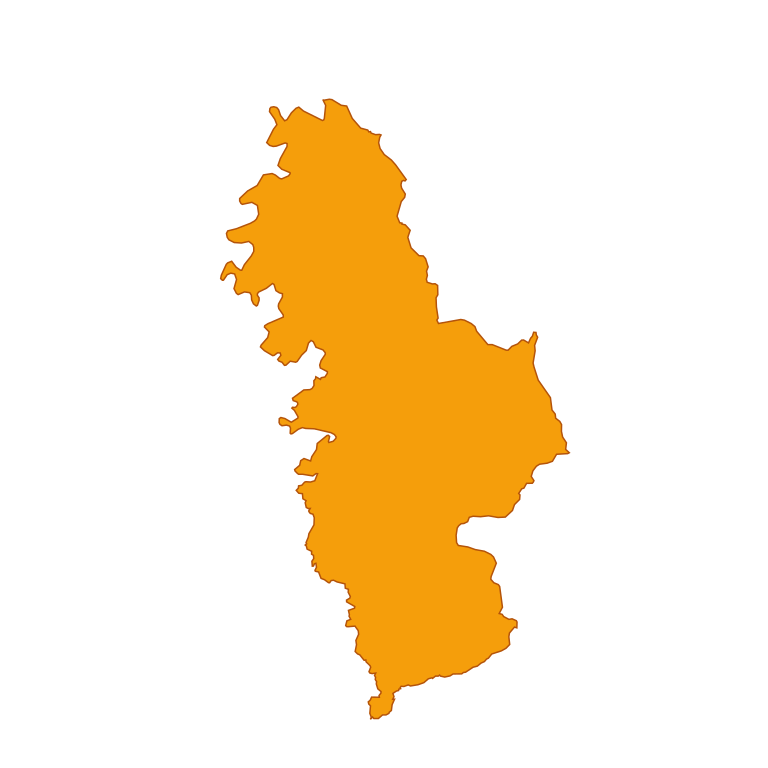 Chililabombwe, Copperbelt, Zambia (Robinson projection), rotated 64°
{"feature_id": "96606910B40420728980339", "entity_name": "Chililabombwe", "entity_type": "district", "adm_level": 2, "iso_a3": "ZMB", "parent_name": "Zambia", "parent_adm1": "Copperbelt", "projection": "robinson", "projection_center": [27.886, -12.358], "detail": "fine", "context": "isolated", "style": "filled", "palette": "amber", "viewbox_px": 768, "rotation_deg": 64, "n_neighbors": 0, "source": "geoboundaries", "source_scale": "gbopen_adm2", "svg_char_len": 6159}
<svg xmlns="http://www.w3.org/2000/svg" viewBox="0 0 768 768"><g transform="rotate(64 384 384)"><path d="M661.4,371.5L656.3,368.8L654.8,368.8L651.2,371.8L650.3,374.9L645.5,378.4L642.8,378.8L640.8,381.1L636.6,375.4L616.7,368.8L614.4,369.2L610.8,372.4L606.3,373.6L604.0,372.1L594.3,361.6L587.5,361.4L584.0,362.7L578.3,367.1L572.8,374.6L567.2,380.1L561.7,388.0L558.4,388.3L551.6,385.5L545.5,381.3L544.1,378.9L543.4,375.9L544.4,373.3L544.4,369.2L541.2,365.8L541.9,361.9L545.6,355.4L548.3,347.8L553.9,340.1L556.8,333.3L554.0,324.0L549.6,319.6L547.2,312.7L543.3,310.4L541.4,310.9L538.6,306.2L538.9,303.9L535.8,299.4L538.2,294.2L537.6,292.8L536.6,291.6L531.6,292.2L527.3,288.2L524.7,283.1L524.3,279.3L526.7,272.1L527.3,266.5L522.8,259.7L527.1,249.4L527.0,247.6L522.4,249.4L516.8,245.8L510.0,246.7L504.4,245.3L498.3,242.2L494.7,242.4L490.0,244.7L486.1,243.3L481.0,244.4L469.2,240.4L448.1,243.7L434.4,241.7L430.5,240.8L420.4,233.6L415.3,231.7L409.3,225.4L406.6,225.6L404.3,224.8L403.1,226.8L406.1,229.7L407.1,232.1L410.4,236.1L405.7,239.2L404.9,241.0L406.6,246.3L406.2,252.6L408.0,257.6L407.2,259.3L396.1,269.4L394.1,273.4L377.2,277.6L372.3,277.1L367.9,279.1L361.9,283.7L359.7,286.7L353.5,308.5L349.7,308.5L348.5,306.5L337.7,303.1L329.3,299.4L327.4,296.5L318.9,292.6L316.3,294.1L315.3,296.6L311.5,300.6L308.4,300.0L305.4,297.4L301.2,296.3L298.1,293.0L289.6,291.7L286.1,292.6L284.0,296.3L273.5,300.0L262.6,298.3L257.3,293.1L250.3,295.1L248.1,297.8L247.3,297.3L245.9,299.2L238.9,298.7L227.6,288.5L225.3,283.6L222.6,281.6L215.7,282.3L212.5,281.5L209.6,279.2L209.6,277.1L210.7,276.1L210.0,274.4L192.1,277.5L185.9,279.2L177.9,283.2L170.7,284.3L164.9,283.1L160.4,279.7L158.9,277.5L157.7,278.6L156.2,282.3L152.8,285.6L151.2,285.5L150.8,287.1L148.6,287.3L143.8,292.8L131.4,296.1L117.8,295.7L114.7,300.3L105.6,306.1L104.1,308.3L102.5,314.0L101.5,314.3L108.0,314.3L119.1,321.2L120.2,322.3L120.2,323.8L103.4,336.7L97.8,339.2L97.6,342.2L99.7,348.4L103.9,355.3L103.9,357.9L97.4,359.3L91.2,358.5L88.5,359.2L86.5,361.5L85.7,364.3L86.4,365.8L89.0,367.5L98.1,366.1L104.0,366.6L106.6,371.7L115.6,383.6L119.4,382.2L121.9,379.5L123.0,376.5L124.0,367.2L125.4,365.7L128.0,367.0L135.9,378.3L141.1,383.5L146.1,381.8L152.9,375.8L153.8,376.1L155.1,378.6L154.8,386.0L153.4,387.7L148.6,390.0L145.8,392.3L143.2,400.7L150.0,411.0L150.7,421.9L154.0,432.4L156.2,433.5L159.0,433.4L160.4,432.6L162.8,423.1L168.0,419.5L176.5,422.2L179.9,426.4L180.7,428.9L181.0,433.7L179.7,448.8L177.9,457.3L179.6,459.6L183.5,460.6L186.4,460.2L191.2,456.6L194.8,450.3L196.6,443.0L201.2,440.8L204.1,441.2L207.7,442.9L210.7,447.1L215.5,457.1L219.4,462.0L218.7,463.2L214.2,465.7L206.9,467.1L206.6,471.4L207.3,473.3L214.9,482.5L217.7,484.6L219.9,483.8L220.3,482.8L217.0,477.0L217.2,473.1L219.6,470.0L225.4,470.7L232.5,477.0L237.8,476.9L239.7,475.9L240.1,469.0L243.1,464.6L246.0,464.3L250.4,466.1L254.7,466.2L257.9,464.6L257.8,463.3L254.1,459.6L251.8,458.5L248.7,458.9L247.4,458.2L246.4,456.4L246.4,447.7L244.8,440.2L246.3,439.2L252.7,440.2L256.2,438.1L258.3,435.7L261.3,437.2L265.8,443.6L267.7,444.9L270.2,445.5L277.8,444.3L279.7,445.2L278.9,461.8L279.3,465.6L280.4,466.5L286.8,464.4L291.3,468.2L295.2,477.4L296.5,478.8L301.6,476.9L309.7,471.6L310.1,470.2L309.3,466.0L310.6,463.7L313.0,464.1L315.3,468.8L317.3,468.4L319.8,466.1L323.6,465.3L324.1,463.9L322.4,458.3L325.7,453.8L325.7,452.2L321.9,445.3L319.9,439.2L314.1,433.9L312.9,430.5L315.0,429.0L321.2,429.0L326.6,423.9L330.1,423.1L331.6,423.8L335.4,430.3L338.8,433.5L341.7,434.2L348.1,429.5L349.6,430.3L351.8,434.0L350.8,437.7L352.0,439.1L347.6,442.1L349.4,443.4L350.3,445.6L354.7,447.6L356.5,450.6L356.6,453.0L354.2,458.7L356.7,472.5L359.1,472.9L361.8,470.2L363.3,469.9L364.6,470.5L365.9,472.7L366.1,474.2L364.8,476.5L365.3,477.4L368.4,476.1L375.8,475.6L376.9,476.4L377.7,484.1L371.6,488.2L368.9,491.4L369.2,493.3L372.7,495.2L374.7,495.2L376.8,494.0L378.2,489.7L380.4,487.3L382.7,487.4L387.1,489.9L388.1,489.5L388.4,488.0L387.1,480.9L387.4,476.5L389.6,473.9L393.7,466.3L404.5,453.0L407.7,450.7L410.6,450.2L411.8,451.2L413.2,454.8L412.4,459.2L411.4,459.2L407.4,455.9L405.7,456.5L405.3,457.8L408.2,470.1L413.3,473.4L417.7,480.8L421.0,483.7L415.9,488.6L416.4,492.5L420.1,495.4L421.7,501.8L423.2,502.1L426.5,501.0L427.7,500.3L429.4,496.8L435.4,488.3L434.7,484.4L435.5,483.0L440.6,488.6L439.9,493.0L437.6,497.0L437.4,498.4L439.0,502.3L438.1,505.4L440.1,506.7L441.1,509.5L444.8,508.5L446.8,505.4L451.6,507.2L454.7,505.2L456.2,506.9L460.9,508.0L462.8,506.6L463.5,504.9L465.1,507.3L466.1,507.4L468.0,507.0L469.9,504.9L473.6,505.3L479.9,508.7L485.6,517.1L488.5,519.2L492.4,523.6L493.8,523.6L494.2,525.4L495.5,524.8L498.7,525.5L502.6,522.4L505.2,523.7L507.1,522.5L510.1,523.7L511.7,526.5L516.3,528.3L516.7,527.2L515.1,525.4L515.3,523.8L519.1,525.0L521.2,527.7L522.2,527.8L524.3,525.2L531.1,525.8L533.8,523.3L538.2,521.0L538.8,520.0L537.5,517.7L538.2,515.4L541.3,513.0L546.5,506.7L550.6,508.3L552.9,506.0L555.5,507.5L560.2,507.4L561.5,508.6L561.8,512.4L563.4,513.1L571.2,507.8L572.6,508.8L571.9,515.2L576.1,516.2L577.4,517.2L580.9,517.1L580.6,521.2L584.3,524.3L585.6,524.0L586.4,522.7L588.9,516.2L594.4,515.3L597.8,516.5L602.2,521.7L606.3,523.0L611.8,527.2L615.0,526.1L616.8,524.5L623.6,523.0L624.1,521.3L625.8,521.9L631.1,520.0L632.7,520.1L636.0,523.6L637.6,523.4L639.1,521.6L640.2,518.2L641.9,520.3L643.8,520.1L645.8,521.4L648.2,521.1L650.2,522.4L655.3,523.2L659.1,521.5L660.5,522.3L661.8,525.0L663.5,525.5L660.0,532.4L662.2,535.1L662.8,537.5L665.0,538.0L667.3,537.2L673.8,541.1L677.9,541.5L679.4,543.2L678.3,540.3L680.2,539.8L682.2,535.7L680.8,530.4L682.3,527.3L682.2,524.0L681.3,523.1L680.7,520.5L675.8,517.3L671.9,512.7L671.2,514.4L669.4,512.1L666.0,511.6L665.4,507.4L665.9,505.3L664.8,504.5L665.1,502.6L664.0,502.6L663.2,501.1L664.6,498.7L665.1,494.1L667.0,492.6L669.2,485.3L669.9,479.1L668.4,473.3L669.1,469.7L669.9,469.4L669.1,465.8L670.3,463.3L670.0,461.6L671.3,461.3L674.0,457.9L675.3,452.6L674.9,449.1L678.6,441.2L678.1,439.1L678.8,437.0L677.6,428.2L678.5,423.8L677.4,419.1L677.5,415.4L676.2,412.5L676.2,410.4L673.9,405.5L675.3,395.5L675.0,390.1L673.2,385.2L665.9,382.6L662.8,380.4L659.7,373.3L661.4,371.5Z" fill="#f59e0b" stroke="#b45309" stroke-width="1.5"/></g></svg>